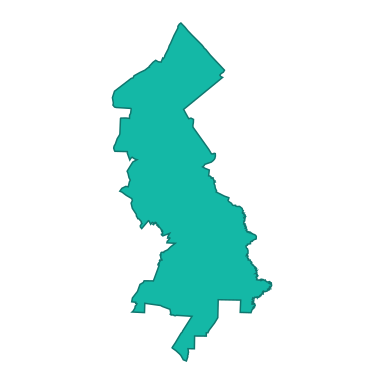 Cobia, Dâmbovita, Romania
{"feature_id": "2599482B99915860347506", "entity_name": "Cobia", "entity_type": "district", "adm_level": 2, "iso_a3": "ROU", "parent_name": "Romania", "parent_adm1": "Dâmbovita", "projection": "natural_earth1", "projection_center": [25.357, 44.815], "detail": "fine", "context": "isolated", "style": "filled", "palette": "teal", "viewbox_px": 384, "rotation_deg": 0, "n_neighbors": 0, "source": "geoboundaries", "source_scale": "gbopen_adm2", "svg_char_len": 6080}
<svg xmlns="http://www.w3.org/2000/svg" viewBox="0 0 384 384"><path d="M186.4,361.0L187.8,356.8L187.6,355.7L188.2,354.3L188.1,353.6L188.5,352.3L188.0,348.7L194.4,348.8L194.6,336.0L206.3,336.1L206.3,332.8L207.9,332.8L209.1,330.2L214.5,323.1L217.8,317.7L218.2,299.7L240.7,300.1L240.2,312.4L251.0,312.7L252.0,309.8L254.0,307.9L253.1,307.7L253.4,307.0L253.8,306.6L254.7,306.4L255.2,305.3L254.6,303.8L254.2,304.0L253.4,303.5L253.1,304.2L252.0,304.1L252.2,302.5L253.2,302.4L252.5,301.6L253.5,301.4L253.2,300.6L253.7,300.2L252.3,299.4L252.4,299.1L252.8,299.1L252.9,297.9L253.8,298.3L253.7,298.0L254.5,297.8L254.6,297.3L255.8,297.4L256.1,297.1L256.4,297.4L257.4,297.0L257.5,297.8L258.0,297.1L258.6,297.3L259.1,296.7L259.7,296.7L259.9,296.3L259.8,295.6L260.0,295.5L260.1,296.0L260.8,295.8L260.9,295.6L260.4,295.3L261.2,294.9L261.2,294.6L261.9,293.9L263.0,294.0L262.5,292.8L262.8,292.7L263.2,293.1L263.4,292.3L262.8,291.7L263.3,291.1L263.5,291.2L263.6,291.7L264.1,291.4L264.9,291.7L267.2,291.0L268.1,290.3L267.7,289.4L268.8,289.3L269.0,289.9L269.4,289.8L269.7,289.4L268.8,289.1L268.6,288.7L269.6,288.3L269.7,287.8L269.3,287.2L269.8,286.6L270.4,287.3L270.3,286.8L270.8,286.9L271.6,285.7L271.5,284.5L270.9,284.2L271.4,284.1L271.3,282.9L270.9,282.9L270.8,283.5L269.7,283.3L270.7,282.8L269.7,281.6L269.2,281.7L268.9,282.4L268.3,281.9L267.1,282.0L265.5,280.8L265.2,280.0L264.3,280.4L263.4,279.6L261.7,280.3L261.9,279.6L261.3,279.8L261.1,279.2L260.4,279.5L260.1,280.3L259.0,279.9L258.6,280.1L256.6,279.7L257.0,278.4L256.1,277.1L257.6,276.3L257.8,275.7L257.1,275.6L256.8,275.2L257.1,274.6L256.7,274.5L256.8,273.5L255.7,273.5L256.2,273.2L256.2,272.9L256.8,272.2L256.3,271.2L256.8,270.6L256.0,270.8L255.7,270.4L255.8,269.8L256.3,269.7L255.9,268.6L256.4,268.3L256.2,268.1L255.8,268.3L255.6,267.7L254.8,267.9L254.9,266.7L254.1,266.4L253.4,265.2L252.5,265.1L252.5,264.4L251.1,263.4L251.5,262.8L251.3,262.4L251.6,262.2L250.1,260.7L250.1,260.0L248.3,260.0L248.5,258.8L247.7,258.5L247.7,257.6L247.3,257.2L247.8,256.9L248.0,256.2L247.4,255.9L247.4,254.9L246.5,255.3L246.8,254.7L246.7,254.3L248.0,253.4L248.0,250.6L247.4,248.7L246.7,248.4L246.0,246.6L246.0,245.9L247.4,245.2L247.4,244.3L250.5,243.7L250.4,242.2L250.7,241.6L252.1,241.4L252.3,241.3L252.1,240.9L254.6,239.4L255.9,239.2L256.2,238.6L256.3,236.5L255.8,235.5L254.6,234.6L253.3,234.3L252.5,233.6L251.2,233.4L251.2,232.9L250.4,232.2L249.5,232.0L249.8,232.7L249.3,232.8L249.0,232.0L247.3,232.1L247.1,231.8L247.4,231.4L246.8,231.2L246.7,230.6L246.3,230.5L246.9,229.7L246.6,229.0L245.4,228.3L246.0,228.0L246.3,227.2L244.9,226.5L244.9,226.3L245.4,226.1L244.8,225.4L245.3,225.1L245.0,224.9L245.0,224.0L244.3,224.2L244.2,223.7L243.7,223.7L243.9,223.2L243.7,222.2L244.2,221.5L243.9,221.1L244.7,220.8L244.8,219.7L244.0,217.9L245.0,218.3L245.2,217.2L245.6,216.6L245.0,216.4L245.4,216.0L245.0,215.2L244.1,214.9L244.6,214.4L243.2,213.5L243.7,213.1L242.5,213.0L242.5,212.6L243.2,212.6L242.6,211.9L243.3,210.7L242.5,209.9L242.1,208.4L239.6,206.4L237.1,206.5L235.9,206.2L235.6,205.3L233.0,205.4L232.4,204.9L231.5,203.3L229.0,201.7L228.0,200.5L228.0,200.0L228.7,198.9L228.9,197.7L224.6,196.2L216.2,192.0L216.6,190.9L215.3,188.2L214.9,185.4L214.1,183.7L214.1,182.6L215.2,182.0L214.6,181.5L214.9,181.0L213.8,180.8L213.8,179.7L213.0,178.8L213.2,178.0L212.5,177.8L211.8,178.2L211.2,178.1L211.0,176.8L209.8,176.0L208.6,175.8L209.3,170.0L205.2,168.4L202.6,166.9L203.6,166.2L204.9,164.3L211.3,162.1L213.4,160.4L214.8,158.6L215.4,156.1L215.3,153.6L214.1,153.3L213.2,153.9L211.4,153.8L208.8,149.4L193.0,127.2L192.9,125.2L193.4,122.5L193.5,119.4L191.0,118.1L188.7,118.7L183.6,109.4L222.6,77.4L220.9,76.6L219.8,75.1L221.0,73.7L223.4,72.1L224.5,70.2L210.2,55.0L205.9,49.6L203.8,47.8L203.8,47.4L202.0,45.1L192.1,35.2L187.8,30.7L185.1,27.3L180.9,23.0L179.4,24.1L177.9,26.3L177.9,28.0L174.0,35.5L170.6,43.3L169.2,45.9L168.3,48.8L164.9,55.4L164.5,57.0L163.3,58.7L162.7,58.1L161.1,62.1L158.3,61.8L155.7,60.3L153.0,62.3L149.1,66.5L149.4,67.1L148.0,67.7L144.8,70.2L139.9,72.5L134.0,75.8L133.1,77.9L131.2,78.4L114.5,91.2L112.4,97.7L113.3,102.6L113.2,104.4L112.9,105.0L114.5,107.0L116.2,107.5L130.8,108.4L131.2,108.9L130.6,113.4L129.6,115.2L129.5,118.4L125.9,118.0L120.8,118.1L120.5,118.5L119.9,133.6L119.6,134.8L117.2,138.7L115.3,144.1L114.1,146.1L113.7,148.1L114.3,150.2L114.9,151.3L127.3,151.6L127.4,153.4L129.8,160.0L130.8,158.3L132.1,157.2L135.0,159.1L137.0,159.7L132.8,162.0L127.1,171.2L128.0,173.4L129.0,177.7L130.3,180.1L129.4,181.8L128.2,186.8L125.8,186.4L121.9,188.3L119.8,191.2L121.8,192.0L126.2,195.3L131.8,198.6L132.3,200.8L131.1,203.1L132.3,208.3L136.3,214.4L136.4,216.1L137.6,218.0L137.7,218.6L138.3,218.6L139.2,219.2L141.3,221.6L141.3,223.0L141.9,223.5L140.3,225.6L140.3,226.3L140.5,227.2L141.7,228.6L148.4,220.7L148.9,220.9L150.7,224.3L152.3,222.4L153.8,223.2L153.0,224.4L153.6,224.7L154.9,222.6L155.2,222.8L155.6,222.4L156.3,222.9L155.9,223.6L157.6,224.6L157.0,225.3L157.6,225.8L157.9,225.3L158.5,225.9L158.1,226.3L158.5,226.9L158.9,226.5L160.9,229.0L161.4,230.2L161.8,230.0L162.2,230.4L162.6,231.3L161.9,231.6L162.4,232.4L162.7,233.8L161.4,234.2L161.5,234.8L162.8,235.9L169.7,233.3L167.9,236.5L167.6,238.1L169.6,237.8L169.9,238.0L169.8,238.4L167.8,240.9L167.3,241.2L166.9,242.8L175.2,243.3L170.7,246.8L167.7,249.8L164.1,251.5L163.7,252.5L161.9,252.2L161.1,252.6L160.7,254.1L160.3,254.7L160.9,254.8L160.8,255.9L160.5,255.9L160.9,258.3L161.2,259.2L161.8,259.3L161.9,260.1L159.7,260.1L159.5,260.6L160.0,261.1L159.9,261.6L158.9,262.7L159.1,263.3L158.7,263.3L158.0,264.2L158.2,264.4L158.1,264.9L159.0,264.9L159.1,265.4L153.4,280.9L144.1,280.8L143.3,282.5L140.0,284.4L137.5,291.4L132.4,298.0L131.7,301.8L135.8,302.3L135.7,303.4L136.9,303.7L136.4,305.0L135.2,306.1L134.9,308.0L134.4,309.0L133.0,311.2L132.1,312.0L144.5,312.6L144.8,303.3L160.6,305.5L162.4,306.5L170.0,309.3L170.7,312.9L170.3,314.3L171.4,314.5L171.3,315.0L173.5,315.0L174.2,315.6L175.6,315.7L176.3,315.3L192.0,316.3L182.7,330.9L182.3,332.0L181.0,333.3L175.2,343.0L172.1,347.6L172.2,348.0L176.1,350.8L179.5,353.9L180.8,355.3L183.3,359.8L186.4,361.0Z" fill="#14b8a6" stroke="#0f766e" stroke-width="1.5"/></svg>